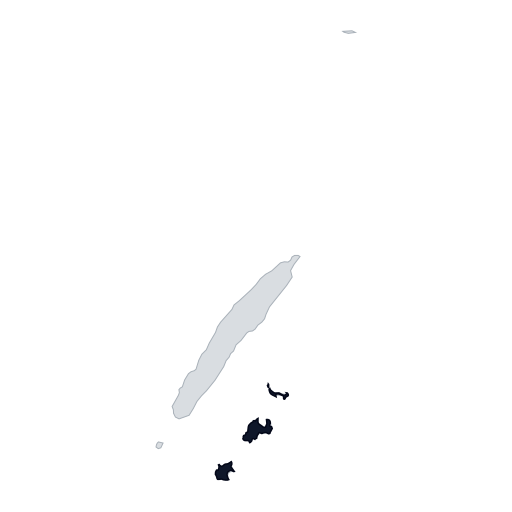 location of Îles Loyauté within New Caledonia, rotated 89°
{"feature_id": "NCL-1258", "entity_name": "Îles Loyauté", "entity_type": "Province", "adm_level": 1, "iso_a3": "NCL", "parent_name": "New Caledonia", "parent_adm1": "", "projection": "mercator", "projection_center": [167.211, -21.021], "detail": "fine", "context": "in_parent", "style": "filled", "palette": "ink", "viewbox_px": 512, "rotation_deg": 89, "n_neighbors": 0, "source": "natural_earth", "source_scale": "10m", "svg_char_len": 4290}
<svg xmlns="http://www.w3.org/2000/svg" viewBox="0 0 512 512"><g transform="rotate(89 256 256)"><path d="M265.0,218.1L271.2,221.7L277.7,220.2L286.0,225.9L307.1,243.4L314.5,247.0L318.9,248.5L322.2,251.3L325.1,255.3L329.1,258.2L330.9,260.8L331.3,264.4L332.8,266.6L340.1,272.4L344.5,277.5L350.6,280.1L353.2,283.1L356.6,284.6L360.1,287.7L366.0,290.2L379.4,299.1L389.7,307.7L394.8,312.9L400.4,317.6L407.5,321.4L414.1,325.7L417.5,335.8L415.6,339.4L411.8,341.2L408.3,341.3L405.0,342.5L393.9,336.0L391.3,335.0L388.3,335.4L386.7,334.0L385.5,331.9L378.7,329.5L372.5,325.6L370.6,323.0L369.6,319.7L368.1,317.9L359.2,315.0L353.2,311.8L348.9,307.3L342.2,304.2L331.7,297.8L326.3,295.8L321.6,292.6L309.0,281.0L304.5,278.8L300.6,273.7L289.7,261.5L284.5,256.4L278.8,252.0L274.4,246.7L271.1,240.5L263.3,231.7L262.3,227.9L262.6,224.0L260.8,221.5L257.6,220.0L256.1,217.4L256.2,213.8L257.3,212.0L265.0,218.1ZM439.1,271.3L436.1,271.8L432.1,267.6L424.5,265.5L421.2,261.8L419.0,257.4L423.3,256.3L427.6,250.5L424.7,248.3L419.7,247.9L420.3,245.6L428.4,242.9L431.9,244.5L433.5,246.3L433.2,255.6L436.9,258.5L440.7,265.1L440.7,267.0L439.1,271.3ZM472.3,287.0L474.8,288.1L479.2,287.9L478.2,297.9L472.0,299.5L469.9,299.4L468.5,297.3L464.9,295.9L465.1,292.5L461.6,284.8L467.6,283.7L471.0,281.6L470.8,283.5L471.4,285.7L472.3,287.0ZM392.6,244.4L389.7,245.0L393.2,239.6L393.3,236.4L394.7,230.0L394.5,227.8L396.8,228.1L399.3,229.9L396.5,231.5L395.5,234.3L395.6,237.8L396.7,238.4L394.9,242.2L392.6,244.4ZM446.9,357.1L445.2,359.3L443.0,358.8L441.4,358.0L440.2,356.8L441.4,352.2L446.1,354.5L446.9,357.1ZM33.8,164.1L32.9,165.3L32.5,156.1L34.2,152.7L35.0,159.8L33.8,164.1Z" fill="#d9dde1" stroke="#a8b0b8" stroke-width="1"/><path d="M440.8,263.5L441.5,264.1L442.3,264.9L442.5,265.6L440.8,266.3L440.4,267.1L440.4,269.3L440.3,270.5L439.9,271.3L439.4,271.8L438.5,272.3L437.6,271.9L436.4,271.9L435.3,271.5L434.8,269.7L434.4,269.5L433.5,269.3L432.6,269.1L432.2,268.6L432.1,267.6L431.8,267.3L426.8,266.7L425.2,266.2L423.8,264.9L422.5,263.5L422.4,263.1L422.3,262.6L422.1,262.1L420.9,261.7L420.6,261.1L420.6,260.4L421.0,259.6L418.8,257.6L418.4,256.8L421.7,257.0L422.8,256.8L423.9,256.2L424.5,255.5L425.5,254.0L427.1,252.0L427.6,250.9L427.3,249.6L426.7,249.2L423.8,248.0L419.7,248.4L419.6,247.9L419.8,246.6L420.5,245.4L421.6,244.8L423.4,244.5L423.8,244.6L424.2,245.0L424.6,245.1L425.0,245.2L425.7,245.2L426.2,245.0L426.6,244.6L426.9,244.0L427.0,243.4L428.8,242.8L432.9,245.1L433.6,245.2L434.0,246.3L433.6,247.3L432.9,248.3L432.6,249.4L432.6,250.1L432.9,251.6L433.6,253.2L433.4,253.9L432.7,255.1L432.6,255.8L432.7,256.2L433.2,256.4L433.7,256.6L434.2,257.0L434.8,257.5L435.3,257.8L436.7,258.3L437.3,258.4L437.8,258.4L438.2,258.5L438.5,259.2L438.7,259.5L439.0,260.1L439.3,260.3L438.7,261.3L438.5,261.9L438.5,262.4L439.0,263.0L439.6,263.3L440.2,263.3L440.8,263.5ZM479.1,287.1L479.5,288.3L479.5,290.4L479.1,292.7L478.4,294.3L478.7,297.0L478.6,298.3L477.9,298.8L477.2,298.9L475.2,299.5L473.6,300.4L471.3,300.2L469.4,299.2L469.5,297.6L468.3,297.1L466.9,296.7L465.4,296.7L464.2,297.2L464.0,296.8L463.9,296.6L463.9,296.3L464.5,296.0L465.1,295.4L465.7,294.6L465.8,293.5L465.5,293.1L464.3,291.7L463.9,291.2L463.5,290.1L463.4,288.6L463.2,287.6L462.7,286.6L461.2,284.3L462.0,283.9L462.7,283.8L463.4,283.8L464.2,283.9L465.6,284.6L466.5,284.8L467.4,284.0L471.0,281.5L471.1,282.3L470.1,283.8L469.8,284.9L470.1,285.9L470.8,287.0L471.5,287.9L472.1,288.4L473.8,288.8L475.7,288.5L477.6,287.9L479.1,287.1ZM397.5,228.5L398.1,228.9L399.5,229.7L399.7,230.1L399.5,230.7L398.9,230.9L397.3,230.9L396.6,231.0L396.1,231.5L395.8,232.1L395.7,232.7L395.5,232.8L394.7,235.0L394.4,235.7L394.3,236.6L394.5,238.2L394.8,238.6L395.5,238.7L397.1,238.4L395.0,242.4L394.1,243.6L393.3,244.2L392.1,244.7L390.8,245.1L389.7,245.2L389.3,244.8L388.9,244.4L389.8,244.1L390.5,243.5L391.9,242.0L392.8,240.8L393.2,240.1L393.4,239.0L393.3,235.5L393.6,234.7L394.2,233.8L394.9,232.7L395.4,231.5L395.7,230.4L395.5,229.3L394.4,227.9L393.9,227.4L393.7,227.4L393.4,227.7L393.5,227.1L394.1,226.6L394.9,226.2L395.7,226.1L396.4,226.4L396.8,227.1L397.1,227.8L397.5,228.5ZM386.0,245.6L386.4,245.6L387.8,245.6L387.5,246.1L387.0,246.4L385.6,246.8L385.3,246.5L385.0,246.3L384.6,246.1L384.1,246.0L384.5,245.7L385.0,245.6L385.4,245.6L386.0,245.6Z" fill="#0f172a" stroke="#020617" stroke-width="1.5"/></g></svg>